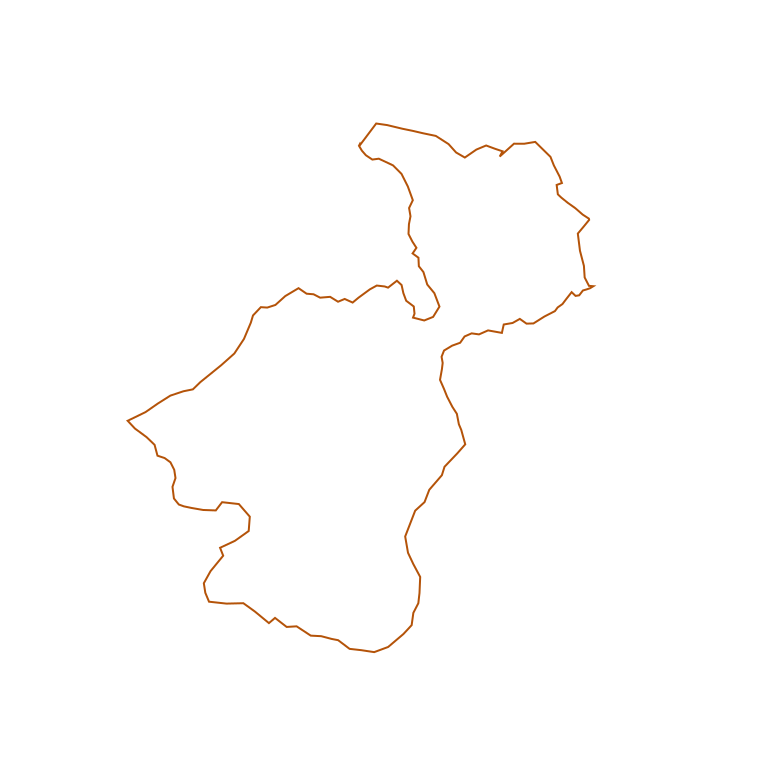 Avdellero, Larnaca, Cyprus (orthographic projection), rotated 138°
{"feature_id": "46923920B64317090827038", "entity_name": "Avdellero", "entity_type": "district", "adm_level": 2, "iso_a3": "CYP", "parent_name": "Cyprus", "parent_adm1": "Larnaca", "projection": "orthographic", "projection_center": [33.555, 35.006], "detail": "fine", "context": "isolated", "style": "outline", "palette": "amber", "viewbox_px": 768, "rotation_deg": 138, "n_neighbors": 0, "source": "geoboundaries", "source_scale": "gbopen_adm2", "svg_char_len": 2482}
<svg xmlns="http://www.w3.org/2000/svg" viewBox="0 0 768 768"><g transform="rotate(138 384 384)"><path d="M241.3,578.5L243.2,577.8L244.3,572.2L244.4,566.1L242.5,558.6L237.1,554.9L231.0,540.4L230.4,528.4L234.1,514.9L239.6,501.3L247.6,498.0L252.1,490.9L258.5,486.1L265.4,479.1L267.6,470.9L268.8,463.5L275.4,461.9L273.9,454.8L279.3,448.2L279.8,440.8L285.3,429.0L285.8,417.8L291.0,404.4L302.6,401.0L311.6,404.3L318.0,413.9L314.3,415.8L310.0,421.7L311.8,431.0L308.8,438.6L304.7,445.8L305.3,452.1L316.5,452.9L318.2,456.0L323.5,462.0L331.2,463.8L345.2,465.2L352.8,465.5L356.3,473.5L363.1,475.9L365.7,484.8L373.7,490.9L376.3,497.8L381.1,502.9L383.4,512.4L398.5,515.4L411.8,515.4L419.6,518.9L424.1,523.5L435.5,522.6L441.9,518.7L457.9,511.2L474.8,506.8L492.4,506.9L519.3,508.3L529.6,507.9L537.9,512.8L550.5,518.3L565.1,520.8L580.1,522.7L599.1,528.2L598.9,517.5L596.0,503.4L595.2,492.3L600.3,482.3L596.6,475.8L595.1,468.7L597.3,460.6L601.9,453.6L610.0,449.1L616.7,439.5L616.9,436.0L617.0,434.2L617.1,431.7L614.6,427.0L610.0,420.7L602.7,411.4L593.6,402.6L583.4,404.5L572.2,391.9L572.5,375.2L582.9,365.3L599.7,367.2L615.4,372.0L618.4,364.0L638.1,361.0L651.2,356.5L656.5,348.4L659.7,339.3L648.0,326.2L635.2,315.2L632.2,301.3L629.5,283.3L621.5,283.1L618.9,268.6L611.1,262.4L606.8,246.0L599.4,238.6L593.5,229.6L589.5,224.3L586.8,210.2L578.9,201.3L570.7,191.3L556.9,185.8L536.9,185.2L531.1,185.7L524.8,186.3L515.3,194.3L505.2,198.1L497.5,204.9L486.2,216.4L482.7,230.6L479.1,242.5L470.3,256.5L445.6,269.0L432.9,269.1L421.1,275.1L402.0,277.5L394.4,282.0L376.0,283.4L364.0,284.8L357.3,298.2L355.3,304.0L349.8,313.1L348.5,321.2L345.6,332.3L342.7,340.2L339.6,349.6L331.0,356.3L326.3,360.4L323.0,365.7L317.0,368.7L307.7,366.9L299.8,363.7L292.3,365.4L285.0,363.0L280.2,357.3L270.8,354.2L262.2,343.1L255.2,348.1L247.6,343.3L239.5,341.5L237.7,333.5L232.4,329.0L219.6,326.8L208.2,323.8L203.7,324.7L197.9,324.0L192.2,325.1L183.1,326.7L182.7,321.3L179.6,319.3L173.6,320.4L170.1,318.7L166.8,317.3L163.0,316.6L166.0,319.8L163.6,328.9L156.4,338.0L149.2,351.9L139.3,366.1L129.4,367.5L121.7,368.7L121.1,369.8L123.0,377.0L124.2,386.7L126.2,395.7L127.5,403.8L127.9,408.6L122.5,416.4L117.3,414.3L114.7,420.6L111.5,432.8L108.3,441.4L109.6,462.7L119.0,468.7L126.6,475.6L145.8,475.6L140.2,477.6L144.1,484.5L148.5,492.9L158.5,496.4L172.4,498.2L175.5,507.8L175.5,519.1L179.5,533.7L187.2,544.2L193.2,552.8L199.4,561.2L208.4,574.3L215.5,582.8L241.6,577.7L241.3,578.5Z" fill="none" stroke="#b45309" stroke-width="2"/></g></svg>